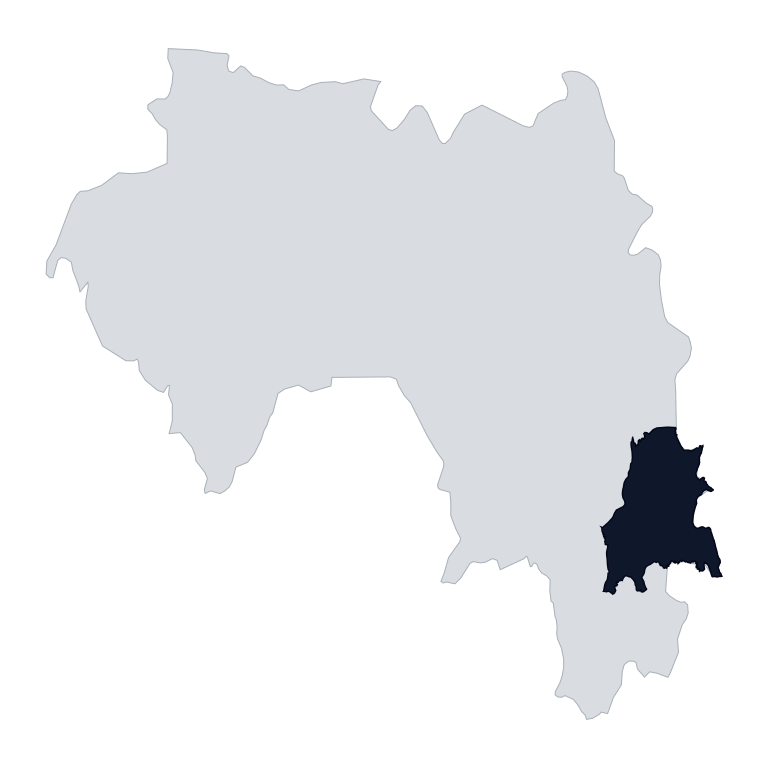 location of Beyla, Beyla, Guinea
{"feature_id": "49546643B61238663992809", "entity_name": "Beyla", "entity_type": "district", "adm_level": 2, "iso_a3": "GIN", "parent_name": "Guinea", "parent_adm1": "Beyla", "projection": "equal_earth", "projection_center": [-8.173, 8.91], "detail": "fine", "context": "in_parent", "style": "filled", "palette": "ink", "viewbox_px": 768, "rotation_deg": 0, "n_neighbors": 0, "source": "geoboundaries", "source_scale": "gbopen_adm2", "svg_char_len": 9707}
<svg xmlns="http://www.w3.org/2000/svg" viewBox="0 0 768 768"><path d="M480.2,562.9L473.2,561.6L470.0,563.4L460.7,578.1L455.0,583.8L446.4,582.0L443.2,583.0L440.9,581.4L444.1,573.3L448.6,557.4L460.1,541.3L460.4,538.0L455.7,528.6L450.8,515.8L450.8,502.1L449.9,492.2L439.8,489.4L438.0,487.8L437.7,484.4L443.4,467.4L443.9,463.9L443.2,460.8L437.0,452.1L427.3,435.9L410.7,402.8L404.5,395.8L398.6,385.7L396.4,379.2L390.2,376.9L332.0,377.4L330.9,386.0L310.8,391.8L298.5,385.1L284.7,389.0L278.0,393.4L272.8,412.8L269.8,416.9L266.8,425.6L264.1,430.4L261.1,439.9L254.5,453.5L247.6,462.3L235.9,467.1L232.2,481.4L229.4,486.8L224.9,490.9L220.1,493.6L210.6,490.9L205.2,493.4L204.3,489.9L207.4,478.5L205.0,472.6L195.9,460.8L195.1,455.1L192.3,447.8L180.4,432.6L169.1,433.6L172.3,420.9L172.3,404.0L168.5,394.8L169.5,385.4L167.4,386.0L163.6,392.4L157.6,390.4L145.4,380.3L139.3,370.6L138.6,362.3L137.3,359.1L133.5,360.9L125.8,360.7L102.5,346.0L86.1,308.9L85.8,300.6L88.3,286.2L87.8,282.3L80.0,291.9L78.6,285.5L72.9,270.6L71.3,262.1L65.7,258.3L61.2,257.6L57.7,260.4L53.0,277.8L49.6,277.7L46.1,274.0L46.9,261.0L56.1,244.8L71.4,203.9L76.9,194.6L80.3,191.3L87.4,190.9L101.4,185.5L118.5,172.8L131.5,173.7L146.9,172.2L167.1,163.4L167.4,136.0L166.8,129.9L159.7,124.4L155.6,119.7L152.1,113.6L147.8,109.3L148.0,104.7L156.9,98.9L165.1,99.0L167.8,96.7L169.8,92.8L172.2,82.9L173.1,72.5L167.8,58.5L168.2,48.6L197.6,50.0L213.7,52.8L226.9,53.6L229.0,55.8L227.1,65.5L228.8,71.1L233.3,72.6L240.7,65.9L244.5,67.4L252.8,75.8L260.4,78.1L268.8,82.6L276.6,85.1L283.6,84.8L288.9,89.5L298.7,90.9L311.4,85.0L321.4,82.4L335.4,81.7L342.7,83.7L364.0,78.9L380.8,81.6L378.1,84.9L370.4,106.8L371.3,110.7L388.2,129.2L392.3,130.6L396.9,128.1L404.3,119.5L410.1,110.2L415.7,105.7L422.2,106.0L427.3,112.5L439.3,140.0L442.4,143.5L445.3,143.4L450.6,138.3L453.3,132.3L464.6,114.1L482.0,105.1L523.3,125.9L529.4,127.4L533.0,125.9L538.1,113.6L553.7,103.1L561.2,100.2L565.4,99.8L567.1,96.5L567.9,91.5L567.0,86.3L562.3,77.0L562.1,74.2L564.8,72.4L570.8,71.1L578.5,72.0L587.1,76.0L594.1,81.8L598.1,88.7L605.8,117.8L614.5,140.6L614.2,171.1L618.0,174.2L622.2,175.5L624.2,177.9L628.4,190.5L632.4,194.2L637.2,195.1L646.1,203.1L651.9,206.3L652.7,208.7L652.5,212.1L650.3,216.3L641.6,224.7L637.3,232.0L628.5,249.3L628.2,252.5L630.1,254.9L633.8,255.3L637.7,254.1L645.7,247.7L652.1,250.0L658.3,254.8L660.5,259.9L661.1,266.4L659.7,274.9L659.5,284.4L661.5,300.6L664.7,316.8L667.9,322.7L688.4,336.9L690.3,342.3L691.4,348.3L689.9,356.5L687.8,361.1L676.6,373.8L674.9,379.8L675.7,391.0L676.5,438.5L681.0,446.5L686.2,450.6L698.5,448.3L698.2,461.5L696.6,476.3L703.7,480.8L707.4,485.3L709.4,489.5L698.0,497.4L694.7,502.0L693.2,514.3L693.6,525.7L708.8,533.9L714.7,543.5L717.3,553.4L718.2,572.1L716.9,576.4L713.0,576.4L705.2,565.1L693.4,563.8L684.6,561.6L669.9,563.1L667.4,566.5L665.6,591.4L669.2,595.6L676.2,600.3L680.8,602.3L684.6,601.8L687.6,604.8L688.2,613.0L686.2,619.0L682.3,624.6L677.5,639.0L678.5,652.2L670.2,673.2L667.9,677.3L656.9,673.2L649.7,671.8L644.5,677.1L637.4,668.9L636.1,662.5L633.5,661.2L628.7,661.1L624.2,664.7L622.3,671.4L621.3,684.9L613.3,697.7L607.6,713.6L601.1,712.1L599.6,714.1L592.7,718.2L586.7,719.4L585.1,715.1L581.7,711.7L577.8,704.9L573.4,699.4L565.0,695.6L561.6,697.3L557.6,696.9L555.0,694.7L555.4,691.4L559.8,683.1L562.3,675.5L563.7,667.1L563.7,659.2L561.4,648.0L557.6,639.1L556.7,634.0L557.1,626.6L556.3,619.8L555.0,616.3L553.3,603.3L551.0,601.0L549.8,590.6L550.2,580.0L546.9,576.0L541.8,573.1L538.7,569.0L536.9,564.3L535.0,563.0L533.4,563.3L532.0,566.1L530.3,566.7L527.3,556.8L526.1,556.4L524.0,558.7L500.2,569.7L497.2,560.4L492.6,558.6L484.8,562.4L480.2,562.9Z" fill="#d9dde1" stroke="#a8b0b8" stroke-width="1"/><path d="M666.6,568.1L666.8,567.9L666.9,567.6L667.0,567.2L666.9,566.4L667.0,565.9L667.5,565.3L667.7,565.9L668.0,566.1L668.7,566.2L668.9,566.0L668.6,565.0L668.8,564.7L669.4,564.4L669.5,564.3L670.2,563.3L671.1,561.6L670.9,560.9L671.1,560.7L672.0,560.9L672.3,561.1L672.8,561.0L673.0,561.2L673.6,562.0L674.2,561.5L674.6,561.5L674.8,561.8L674.7,562.2L674.7,562.8L675.1,563.0L675.3,562.4L675.6,562.3L676.0,561.7L676.4,561.8L676.8,562.6L677.2,562.6L677.6,562.4L678.0,562.5L678.1,563.5L679.6,562.1L680.1,560.6L680.4,560.4L681.6,561.3L682.0,561.2L682.7,560.6L683.1,560.3L683.6,560.5L684.0,561.0L684.3,561.2L685.0,561.6L685.6,561.9L686.2,561.6L687.0,561.7L688.2,562.6L688.8,562.3L689.3,562.4L689.9,562.9L690.4,563.1L690.9,562.8L691.1,561.9L691.7,561.2L692.0,561.2L692.5,561.9L693.0,561.7L693.6,561.9L694.3,561.0L694.7,560.9L695.6,562.1L696.8,562.8L697.0,563.1L696.9,563.3L696.1,563.6L696.5,564.0L697.1,565.4L697.2,566.2L697.0,566.4L696.7,565.6L696.4,565.7L696.1,567.0L696.3,567.6L697.2,567.3L697.3,567.5L697.4,569.0L698.9,569.4L699.6,569.1L699.7,569.4L699.4,570.8L699.5,571.3L700.4,570.7L702.6,570.9L703.0,570.7L704.4,569.3L704.5,569.0L703.9,565.0L704.2,563.4L704.5,562.7L704.9,562.3L705.3,563.2L705.5,563.3L705.9,563.5L706.6,563.5L707.0,563.9L707.5,564.7L708.0,565.0L708.4,565.5L709.2,568.0L710.7,572.0L711.8,576.0L712.4,576.7L715.0,576.5L717.0,577.0L717.5,576.7L718.1,576.8L718.6,576.6L719.9,576.4L720.9,576.5L721.9,576.2L721.1,574.9L721.0,573.8L720.7,573.3L719.6,572.3L719.0,569.9L718.3,568.4L718.2,567.4L718.4,566.6L718.7,566.1L719.1,564.7L719.6,563.6L720.2,562.9L720.2,562.2L720.1,560.4L719.6,559.1L718.5,557.6L718.1,556.3L718.0,555.9L717.7,555.6L716.8,551.2L716.6,551.0L716.4,549.3L716.1,548.9L715.5,546.6L715.3,545.6L714.3,541.4L714.1,540.5L713.2,538.6L713.0,537.7L711.9,534.4L711.7,533.3L711.3,532.6L710.8,531.0L710.7,529.7L710.3,528.8L709.9,528.2L709.0,527.6L708.2,527.4L706.2,528.3L705.2,528.3L703.2,527.0L701.8,526.9L700.6,527.2L698.1,528.4L696.8,528.4L695.9,527.9L694.5,526.7L693.9,525.8L692.6,522.8L692.5,521.5L693.2,515.6L694.0,511.7L695.4,506.6L696.6,503.6L696.6,503.2L696.3,500.9L696.5,499.0L697.6,497.2L698.6,496.0L701.4,494.5L702.4,492.2L702.8,491.8L703.6,490.8L706.2,489.4L707.0,489.7L707.2,490.0L708.3,490.6L709.4,490.8L710.6,491.4L711.5,491.1L713.1,490.2L713.2,489.9L712.7,489.2L711.4,488.6L710.9,487.6L710.0,487.5L709.4,486.9L708.4,486.4L707.2,484.4L706.6,484.1L706.3,483.6L706.2,482.7L706.2,482.2L704.9,481.2L703.9,481.0L703.8,480.7L704.4,478.7L704.3,478.0L703.7,477.5L702.5,477.6L700.9,478.9L699.9,480.1L697.5,478.2L696.8,477.5L696.7,477.1L696.4,476.5L696.1,474.8L695.8,473.3L695.9,472.8L696.8,470.5L697.6,467.8L698.1,467.1L698.6,465.3L699.0,465.0L699.3,463.7L699.6,462.1L699.5,461.6L699.4,461.1L699.4,458.1L699.3,457.4L699.3,456.9L699.8,456.4L700.1,455.4L700.4,454.4L701.3,453.3L701.6,451.2L701.9,450.6L702.0,449.5L702.2,449.1L702.1,448.7L702.3,448.2L702.2,447.6L702.3,447.0L702.7,447.1L702.9,446.7L702.8,445.6L702.0,446.2L701.4,446.2L700.7,445.8L699.7,445.9L699.5,446.3L699.4,447.3L699.0,448.2L698.7,448.3L696.8,447.9L694.8,449.2L694.3,449.5L692.0,450.8L690.6,451.0L690.2,450.7L689.1,450.5L688.0,450.1L684.8,450.3L683.5,450.1L682.3,447.8L681.6,447.3L681.4,446.6L680.0,444.5L679.8,443.4L679.3,443.1L679.2,442.3L678.9,442.2L678.5,441.4L678.5,440.6L677.8,439.7L677.7,439.0L677.3,438.6L676.8,437.5L676.9,437.2L676.5,436.1L676.6,435.4L676.9,434.9L676.0,434.2L675.4,434.0L675.4,433.5L675.6,432.7L675.2,431.1L675.3,430.6L675.2,429.8L675.4,429.5L675.7,429.4L675.9,428.9L675.7,427.8L675.6,427.6L667.4,427.2L656.9,428.0L653.2,429.7L650.1,432.9L649.0,434.0L646.9,432.8L644.9,432.5L643.9,433.6L644.8,436.4L643.7,439.1L642.2,438.3L641.4,439.1L640.3,441.2L639.5,439.8L638.4,440.7L638.1,444.6L636.3,445.2L635.7,446.0L635.1,443.3L633.8,442.8L633.2,439.5L632.7,437.7L632.4,438.2L632.2,440.7L631.1,442.5L631.1,445.0L631.4,447.7L631.9,450.3L632.2,452.8L632.3,455.4L632.4,458.0L632.1,460.5L632.1,462.0L630.7,464.0L630.2,469.2L628.5,472.5L628.4,476.5L625.7,479.6L624.3,482.5L623.7,485.5L623.5,487.2L623.0,488.8L622.6,491.2L622.4,494.4L623.0,497.7L624.8,501.2L625.1,504.3L623.3,506.6L619.0,508.8L616.4,510.1L614.5,513.3L613.1,516.8L612.5,517.8L612.1,518.3L610.4,520.2L608.2,522.6L603.9,526.4L603.3,527.0L602.9,527.2L602.3,527.5L601.5,527.2L601.9,527.7L601.9,529.4L602.3,531.9L602.6,532.3L603.0,533.3L603.1,534.5L604.0,534.3L603.7,536.7L605.3,536.9L605.1,537.5L604.5,538.1L605.2,539.0L605.2,539.5L605.1,540.6L604.8,541.4L605.0,542.2L605.5,542.2L605.2,543.3L605.3,544.4L606.2,544.7L607.6,544.7L607.8,546.4L607.6,547.9L607.2,549.5L606.9,550.8L606.7,552.0L606.6,553.4L606.7,555.0L606.8,555.8L607.0,557.3L607.2,559.2L607.3,561.2L607.4,562.6L607.5,564.7L607.9,567.5L608.2,569.4L609.1,571.1L609.2,572.5L608.7,573.0L608.1,573.2L608.0,575.3L607.7,577.3L607.4,579.3L606.8,580.7L605.6,582.5L604.8,584.8L604.5,586.4L604.0,589.2L603.7,591.2L603.6,591.3L604.2,591.4L604.6,591.4L605.3,591.5L606.0,591.6L606.6,591.8L607.4,591.4L608.9,591.3L609.7,591.8L610.1,591.9L610.4,592.2L610.9,592.7L612.0,593.3L612.6,594.1L613.7,593.7L614.6,592.8L615.5,591.0L615.7,590.5L614.7,587.7L614.7,586.5L615.7,586.0L616.7,585.8L617.4,584.6L616.5,583.2L616.5,582.1L617.6,582.4L618.1,582.3L618.5,581.1L619.3,580.8L620.0,580.8L620.5,580.0L621.6,580.4L622.3,580.5L622.7,579.3L623.3,577.9L624.2,576.9L624.7,576.3L625.9,575.6L627.5,576.1L629.2,576.8L630.1,576.8L631.0,577.3L632.4,578.6L633.3,579.6L634.0,580.8L634.6,581.4L635.1,583.1L635.3,585.0L636.2,586.4L636.2,587.9L636.4,589.8L637.0,590.7L637.6,590.9L638.3,590.7L638.6,590.5L639.3,590.9L639.8,590.5L640.3,590.1L641.2,591.7L642.5,592.0L643.7,591.6L645.1,590.5L645.8,589.9L646.4,589.6L646.6,589.2L645.2,586.7L644.4,584.3L643.8,581.7L643.0,580.0L642.0,578.2L641.8,577.1L642.8,575.5L643.3,574.7L643.8,573.8L644.2,572.8L644.7,569.9L645.4,567.7L646.4,566.5L648.4,565.1L649.9,564.5L651.9,563.3L653.2,562.2L654.3,561.4L654.7,561.7L656.3,562.4L657.8,561.6L658.7,562.0L659.4,563.4L660.0,564.9L661.0,565.7L662.8,565.8L663.4,567.8L664.4,568.2L665.4,567.4L665.9,567.8L666.3,568.1L666.6,568.1Z" fill="#0f172a" stroke="#020617" stroke-width="1.5"/></svg>